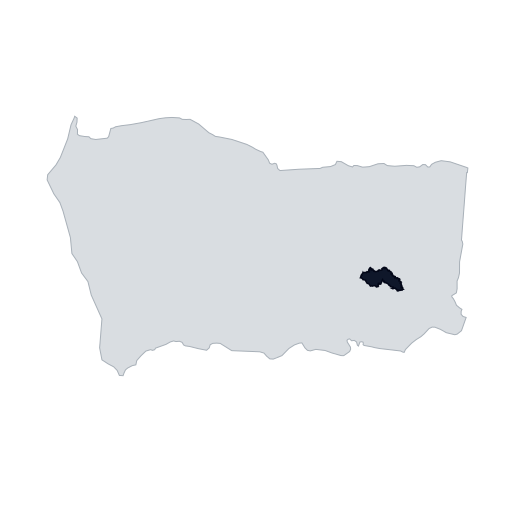 location of Savelugu, Northern, Ghana, rotated 95°
{"feature_id": "2480657B27215926841583", "entity_name": "Savelugu", "entity_type": "district", "adm_level": 2, "iso_a3": "GHA", "parent_name": "Ghana", "parent_adm1": "Northern", "projection": "robinson", "projection_center": [-0.823, 9.867], "detail": "fine", "context": "in_parent", "style": "filled", "palette": "ink", "viewbox_px": 512, "rotation_deg": 95, "n_neighbors": 0, "source": "geoboundaries", "source_scale": "gbopen_adm2", "svg_char_len": 7755}
<svg xmlns="http://www.w3.org/2000/svg" viewBox="0 0 512 512"><g transform="rotate(95 256 256)"><path d="M312.5,44.8L316.3,48.8L317.1,51.1L315.8,59.8L313.0,65.9L311.3,71.6L311.5,74.4L313.2,77.3L318.9,81.7L321.9,84.6L325.3,89.1L329.3,93.4L336.2,99.0L339.1,100.0L338.9,101.5L338.0,103.7L337.4,124.6L336.9,130.0L336.4,132.7L335.7,140.5L335.0,141.6L333.7,141.5L332.5,141.8L332.2,143.4L332.7,145.0L336.8,146.1L335.9,147.3L332.9,148.3L331.5,150.7L332.1,153.4L330.4,155.5L330.9,157.0L332.0,158.0L333.7,157.6L338.5,154.0L340.5,153.6L343.0,154.4L347.6,159.9L347.8,162.6L346.0,171.8L344.1,178.9L343.8,188.3L345.8,193.6L345.5,196.5L343.4,199.1L338.6,202.7L339.0,205.2L341.2,209.9L345.2,215.1L353.0,221.5L357.2,229.8L357.3,233.2L354.9,236.6L352.0,239.6L351.1,243.9L352.4,271.9L346.2,284.0L346.2,287.5L346.8,291.5L348.4,293.9L351.6,294.6L354.2,297.0L353.3,305.5L351.9,314.2L351.7,318.4L350.9,320.4L348.5,322.0L347.6,324.8L348.2,328.2L347.8,330.7L349.1,333.9L351.9,338.0L356.5,348.0L358.2,348.8L359.0,350.9L358.5,352.9L360.3,357.4L365.3,361.8L370.6,365.7L374.9,366.2L376.0,369.7L378.8,374.1L380.8,376.1L384.1,377.3L386.8,378.0L386.9,381.7L382.1,384.3L378.8,388.1L376.3,394.0L372.9,400.4L361.0,403.8L356.5,403.8L332.1,404.0L309.3,416.7L296.1,421.2L288.1,428.3L277.2,433.4L269.6,439.6L253.8,442.5L228.0,452.2L219.9,456.0L211.7,462.8L198.4,470.7L193.2,470.6L182.7,463.2L174.9,459.5L155.7,453.8L141.4,451.7L134.5,449.2L132.6,448.8L134.2,446.2L138.2,446.0L142.4,446.8L145.6,444.8L150.3,444.5L151.5,442.4L151.9,437.1L151.8,432.8L153.5,430.8L153.9,425.8L151.6,414.5L150.0,413.2L141.6,411.7L141.0,409.4L139.5,407.1L137.9,401.3L136.1,392.7L133.2,382.0L127.6,364.4L126.2,358.1L125.3,351.8L125.1,344.2L126.3,341.4L126.1,337.5L125.6,333.6L129.5,324.6L137.3,313.7L138.9,309.7L140.4,306.9L140.6,303.0L142.0,290.2L145.7,274.7L148.0,268.9L149.6,265.8L151.5,260.6L152.0,258.2L159.2,252.1L162.4,250.5L163.2,248.1L162.0,245.5L162.5,243.7L164.2,242.9L166.9,242.1L168.8,239.6L165.8,220.6L163.4,201.6L163.3,200.0L161.8,197.3L160.4,189.5L158.0,184.9L154.6,183.6L154.6,179.2L158.0,171.9L158.9,167.6L157.3,166.4L157.1,163.0L158.2,157.6L157.7,154.3L157.1,150.8L153.5,142.5L152.7,136.6L154.5,133.1L154.5,125.6L152.6,114.0L152.3,106.6L153.6,103.6L152.9,100.7L150.4,97.9L150.2,95.2L152.4,92.6L152.1,90.6L149.4,89.1L147.0,85.5L144.9,79.8L145.3,70.7L149.4,54.0L149.9,52.6L154.5,52.7L154.5,53.4L168.8,53.3L185.1,53.1L204.7,52.9L222.4,52.7L223.2,51.9L226.1,51.0L244.0,52.7L255.2,51.8L259.9,52.4L263.4,53.5L271.1,52.8L275.3,53.2L278.4,57.4L279.6,57.4L281.4,55.6L284.5,53.6L287.6,52.0L289.9,48.7L291.2,46.2L293.3,46.8L296.2,46.6L298.2,44.5L298.9,41.3L312.5,44.8Z" fill="#d9dde1" stroke="#a8b0b8" stroke-width="1"/><path d="M264.5,148.5L265.6,149.3L266.0,148.9L266.3,149.3L267.3,149.5L267.2,149.7L267.4,149.7L267.5,149.8L268.2,149.9L268.6,150.1L268.8,148.8L269.3,148.1L270.2,147.3L270.1,147.2L270.6,144.7L271.5,144.4L273.6,142.8L273.6,141.7L274.3,140.7L276.0,139.4L275.8,138.7L275.7,138.5L275.7,138.3L275.6,138.1L275.9,137.7L275.8,137.2L275.7,137.0L275.5,136.8L275.4,136.3L275.4,135.9L275.2,135.6L275.2,135.2L275.1,134.7L275.3,134.6L275.3,134.3L275.4,134.1L275.6,134.1L275.7,133.9L275.9,133.8L275.9,133.7L276.1,133.6L276.3,133.4L276.3,133.1L276.1,132.9L275.9,132.6L276.0,132.3L275.8,132.1L275.8,131.9L275.8,131.7L275.6,131.6L275.4,131.6L275.0,131.8L274.9,131.8L274.9,131.7L274.4,132.0L274.0,131.6L273.9,131.8L273.7,131.8L273.4,131.5L273.1,131.8L272.8,131.7L272.6,131.7L272.5,131.2L272.4,130.4L272.7,130.0L273.2,129.8L273.1,129.6L273.1,129.3L272.4,129.0L272.1,129.0L271.1,128.7L270.4,128.6L269.6,128.4L269.2,128.2L268.4,127.8L268.6,127.7L269.0,127.7L269.4,127.3L269.6,127.3L269.7,126.8L269.9,126.8L269.8,126.5L270.1,126.4L269.9,126.3L270.0,126.0L270.2,125.9L270.3,126.0L270.3,125.8L270.6,125.8L270.6,125.7L270.8,125.7L270.9,125.4L271.3,125.3L271.2,124.9L271.3,124.8L271.2,124.7L271.3,124.5L271.2,124.2L271.3,124.0L271.4,123.7L271.5,123.6L271.4,123.5L271.5,123.4L271.7,123.2L271.8,123.0L271.9,122.7L272.0,122.6L272.2,122.2L272.3,122.1L272.3,121.9L272.5,121.6L272.6,121.4L272.8,121.4L272.9,121.2L273.4,121.1L273.4,120.8L273.5,120.8L273.8,120.3L273.7,120.0L273.9,119.9L274.2,119.4L274.8,119.4L275.0,116.8L276.4,116.9L276.5,117.4L276.7,116.9L276.6,116.4L276.0,115.9L276.1,115.7L276.1,115.1L276.2,114.8L276.0,114.6L276.4,114.4L276.6,114.1L276.7,113.9L276.7,113.7L276.8,113.1L277.0,113.1L277.3,112.6L277.6,112.5L277.8,112.6L278.1,112.4L278.2,112.2L278.3,112.2L278.4,111.6L278.2,111.5L278.4,111.4L278.3,111.2L278.1,111.1L278.1,110.9L278.0,110.7L277.9,110.5L277.9,110.3L277.8,110.2L277.6,110.2L277.6,109.8L277.6,109.7L277.6,109.4L277.6,109.1L277.4,108.6L277.3,108.4L277.2,108.4L277.3,108.1L277.3,107.5L276.8,107.3L276.5,107.4L276.4,106.8L276.1,107.3L275.9,107.3L275.8,107.2L275.8,106.9L275.7,106.9L275.5,107.4L274.9,107.7L274.7,107.6L274.7,107.3L274.7,107.2L274.5,107.3L274.2,107.7L274.4,107.8L274.5,107.7L274.6,107.8L274.6,108.0L274.7,108.6L274.1,108.2L273.9,108.3L273.4,108.1L273.2,108.3L273.5,108.7L273.4,108.8L272.7,108.3L272.5,108.5L272.4,108.9L271.9,108.8L271.7,108.7L271.4,108.9L271.0,109.2L270.8,109.0L270.6,109.1L270.6,109.8L270.5,110.0L270.4,110.0L270.2,109.7L270.4,109.5L270.3,109.4L270.1,109.4L269.9,109.5L269.9,109.8L269.7,109.8L269.6,109.5L269.5,109.1L269.4,109.0L269.2,109.2L268.9,109.9L268.5,110.8L268.4,111.1L268.2,111.2L268.2,111.4L268.3,111.5L268.2,111.6L267.9,111.6L267.5,111.3L267.3,111.4L267.2,111.1L267.3,110.9L267.3,110.7L266.8,110.7L266.3,111.0L266.2,111.2L266.3,111.4L266.5,111.5L266.6,111.8L266.1,112.1L265.9,112.4L266.1,112.4L266.1,112.6L265.5,112.9L265.4,113.1L265.5,113.2L265.9,113.6L266.1,113.8L265.5,114.3L265.4,114.4L265.4,114.7L265.5,115.0L265.5,115.4L265.7,115.8L265.2,115.9L264.9,115.5L264.6,115.5L264.7,115.8L264.6,116.1L264.7,116.3L264.3,116.0L264.1,116.2L264.1,116.6L264.4,117.2L264.2,117.3L264.0,117.1L263.9,117.3L263.8,117.9L263.8,118.2L263.5,118.1L263.3,117.9L263.0,118.0L262.9,118.2L262.9,118.7L263.0,118.8L263.1,118.7L263.1,118.8L262.8,118.9L262.6,118.9L262.6,118.6L262.4,118.7L262.3,119.0L262.3,119.5L262.0,119.4L261.7,118.8L261.3,118.8L261.2,119.0L261.3,119.4L261.0,119.7L261.2,120.0L260.7,120.1L260.4,120.0L259.9,120.2L259.8,120.4L259.7,121.0L259.4,121.5L259.3,121.9L259.3,122.1L259.4,122.4L259.4,122.5L259.1,122.4L258.8,122.0L258.7,122.0L258.6,122.9L258.7,123.0L258.9,123.3L258.9,123.6L258.1,123.9L257.7,124.3L257.3,124.5L256.6,125.0L256.7,125.3L256.9,125.5L257.4,126.4L257.4,126.6L257.1,126.8L256.7,126.9L256.5,126.7L256.2,126.3L256.1,126.5L256.1,127.0L256.3,127.9L256.4,128.1L256.9,128.3L257.0,128.4L257.1,128.8L257.5,128.9L257.3,128.9L257.1,128.8L257.3,129.0L257.6,128.9L257.4,129.0L257.7,129.0L257.9,129.5L258.1,129.4L258.4,129.2L258.7,129.2L258.9,129.3L259.2,129.7L259.3,130.0L259.3,130.6L259.4,130.9L259.3,131.2L259.1,131.6L259.1,131.8L259.3,132.5L259.5,132.8L259.8,133.1L260.1,133.0L260.4,132.7L260.6,132.8L260.8,134.4L261.2,135.0L261.3,135.2L260.9,135.8L260.9,136.2L261.1,136.5L261.0,137.2L260.9,137.2L260.3,137.1L260.2,137.2L260.1,137.4L260.0,137.9L259.8,138.2L259.6,138.3L259.1,138.3L258.8,138.6L258.9,138.8L259.0,139.0L259.8,139.4L259.8,139.8L259.5,140.2L259.2,140.4L258.8,140.1L258.3,140.1L258.1,140.3L257.9,140.9L257.6,141.1L257.8,141.4L258.0,141.4L258.0,141.5L258.4,141.6L258.6,141.8L258.9,142.0L259.1,141.9L259.4,142.2L259.5,142.2L259.5,142.3L259.8,142.4L260.1,142.4L260.3,142.2L260.3,142.3L260.5,142.3L260.8,142.4L261.0,142.4L261.4,142.1L261.6,142.3L261.8,142.2L261.7,142.6L261.9,142.8L261.9,143.0L262.0,143.0L261.9,143.2L262.3,143.6L262.2,143.8L262.3,143.8L262.3,144.2L262.5,144.2L262.5,144.5L262.8,144.9L263.0,144.9L262.9,145.2L263.0,145.8L262.8,145.9L262.8,146.0L263.0,146.3L263.2,147.2L263.3,147.5L263.3,147.8L263.0,148.0L263.4,148.1L263.7,148.1L264.2,148.3L264.3,148.5L264.5,148.5Z" fill="#0f172a" stroke="#020617" stroke-width="1.5"/></g></svg>